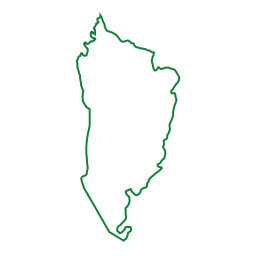 the district of Cachoeira do Piriá, Pará, Brazil
{"feature_id": "56859067B84047664987434", "entity_name": "Cachoeira do Piriá", "entity_type": "district", "adm_level": 2, "iso_a3": "BRA", "parent_name": "Brazil", "parent_adm1": "Pará", "projection": "natural_earth1", "projection_center": [-46.43, -2.011], "detail": "fine", "context": "isolated", "style": "outline", "palette": "green", "viewbox_px": 256, "rotation_deg": 0, "n_neighbors": 0, "source": "geoboundaries", "source_scale": "gbopen_adm2", "svg_char_len": 4522}
<svg xmlns="http://www.w3.org/2000/svg" viewBox="0 0 256 256"><path d="M154.0,52.6L153.0,52.3L151.5,51.9L149.9,50.8L149.0,50.4L147.8,50.4L147.0,50.1L145.7,49.2L144.9,49.0L143.9,49.1L142.2,48.3L140.8,48.5L138.8,47.7L137.9,47.6L135.7,46.8L134.9,46.1L134.3,45.4L134.1,44.2L133.1,43.2L132.1,43.2L131.2,43.2L130.2,41.8L128.0,40.4L124.2,41.5L122.6,41.7L121.6,41.3L120.9,40.9L116.9,35.7L116.2,35.0L113.6,33.3L112.4,32.7L111.0,32.1L109.1,31.6L107.2,30.9L106.5,30.2L106.0,29.3L104.7,26.6L104.6,24.6L103.8,23.0L103.0,21.5L101.8,18.0L101.5,17.0L100.4,15.4L100.4,16.3L99.7,17.7L97.3,18.8L97.6,19.9L97.5,21.7L98.4,22.2L97.9,22.9L97.0,23.7L96.2,23.8L95.8,25.1L95.3,26.3L93.8,28.1L94.2,29.3L95.0,29.7L95.1,31.3L95.0,34.2L93.7,33.0L92.8,33.2L92.7,32.2L91.7,31.7L91.0,32.7L90.7,34.3L91.0,36.3L92.7,38.0L93.6,38.3L94.7,38.2L95.3,38.9L94.6,40.0L93.1,41.0L91.8,41.6L90.6,41.3L89.2,43.1L88.0,43.9L86.3,43.8L85.7,42.5L84.6,42.6L84.1,44.2L85.3,46.3L86.6,47.6L87.7,49.1L87.7,51.4L86.9,53.6L86.4,55.4L84.6,55.7L83.4,55.5L82.6,54.4L82.1,53.2L81.1,53.4L80.6,54.6L80.3,55.9L79.0,56.4L78.4,56.9L78.2,58.5L76.8,60.9L77.2,62.0L77.1,62.9L77.5,64.0L77.4,64.8L77.3,66.1L77.6,67.0L77.5,68.1L77.9,68.8L78.2,70.0L78.7,71.2L78.8,72.4L79.3,73.7L79.5,74.5L80.0,75.3L80.1,76.6L80.0,77.5L80.1,78.3L80.3,79.4L80.5,80.7L80.8,81.8L81.1,82.8L81.0,83.8L81.2,85.2L81.6,86.6L81.9,87.4L82.3,88.6L82.8,90.0L83.4,91.4L82.8,92.9L82.6,94.0L82.9,95.4L82.4,96.5L82.6,97.6L82.8,98.7L82.8,99.7L82.8,100.9L83.1,101.9L83.9,102.7L84.5,103.9L84.7,104.8L86.0,105.9L86.1,106.8L88.6,108.5L89.6,109.3L89.7,111.2L89.7,112.3L89.7,113.9L89.7,118.4L89.7,122.7L89.7,123.9L89.7,125.0L89.4,126.9L87.7,134.6L87.0,139.3L86.6,142.8L86.3,147.5L86.3,151.1L86.4,154.0L86.9,158.7L87.2,163.8L87.7,167.5L87.6,169.2L87.0,171.4L86.9,172.8L86.6,174.1L85.5,175.3L84.6,175.8L83.4,176.2L82.2,176.9L81.5,177.8L81.2,178.6L81.4,179.7L83.1,185.1L83.5,186.3L83.7,187.5L88.6,196.0L91.2,200.5L92.0,201.8L109.2,231.8L110.7,232.8L123.6,240.6L125.9,238.7L126.8,237.5L127.2,236.3L127.7,234.6L128.2,232.7L129.3,232.0L130.4,231.2L131.1,230.2L131.1,228.7L130.8,227.7L130.0,226.9L128.8,227.1L128.0,227.2L127.1,226.8L125.8,227.1L125.1,228.2L124.8,229.0L124.2,229.7L123.1,231.2L122.3,231.9L121.6,232.4L120.4,233.1L119.7,233.2L119.1,232.5L118.6,231.9L117.6,231.3L117.2,230.3L117.2,229.4L117.4,228.1L118.0,226.6L119.3,225.7L120.6,224.9L121.2,224.1L122.0,223.1L123.0,222.1L124.7,220.6L125.1,219.9L125.8,218.8L126.1,217.3L126.1,215.7L125.9,214.8L125.5,213.7L125.6,212.5L125.8,211.4L125.7,210.6L125.5,209.2L125.6,208.2L126.1,207.4L127.4,206.4L128.0,205.5L128.7,204.0L129.5,201.7L129.6,200.4L129.4,198.8L129.2,197.4L128.8,196.4L127.9,195.7L126.8,194.5L126.1,193.4L125.8,192.4L125.9,191.1L127.0,190.7L128.4,190.0L129.9,189.4L131.1,189.2L131.3,190.0L131.5,190.9L132.1,191.8L133.1,192.8L134.4,194.1L135.6,195.0L136.8,195.2L137.8,194.7L139.1,193.9L139.9,192.7L140.6,191.6L140.7,190.7L141.3,189.6L142.1,188.8L144.0,187.8L145.4,187.7L146.3,187.2L147.0,185.7L147.2,184.8L147.0,183.8L147.5,182.8L148.3,182.2L148.7,181.0L149.1,179.3L149.9,178.5L151.1,177.1L152.8,175.8L153.4,175.3L154.1,174.7L156.6,172.5L157.4,172.1L158.4,171.4L159.6,170.4L160.6,169.4L161.8,168.0L161.4,167.3L160.6,167.3L159.9,167.1L158.6,166.7L157.7,165.8L157.7,164.4L159.1,163.7L159.7,163.3L160.4,162.8L161.7,160.5L162.6,159.6L163.4,159.1L164.4,158.2L164.6,156.9L164.9,155.3L165.3,154.1L165.2,153.1L165.3,151.5L165.1,150.3L164.5,149.7L163.7,148.5L163.1,147.2L163.2,146.2L163.7,145.3L164.0,144.4L164.1,143.5L163.9,142.3L163.7,141.1L164.1,140.1L165.5,139.5L166.6,138.8L167.3,137.3L167.2,135.7L167.7,134.5L168.5,133.3L168.9,132.2L169.3,131.4L169.8,129.9L169.8,127.9L169.7,126.6L169.4,125.4L169.8,124.4L170.0,123.4L170.7,121.6L171.5,120.3L171.9,118.8L172.6,117.2L173.1,115.5L173.2,114.4L173.0,113.0L173.2,111.9L173.5,110.1L173.7,108.8L174.1,107.2L174.9,104.6L175.7,102.5L176.3,101.1L176.4,99.8L176.0,98.3L175.5,96.5L175.3,94.7L175.0,93.7L174.4,93.2L173.4,93.3L172.0,93.4L171.1,92.1L171.5,90.8L172.0,90.0L173.0,89.1L173.6,87.9L174.5,86.6L175.6,84.8L177.2,83.1L178.2,81.8L178.9,80.0L179.2,78.9L179.2,77.9L179.0,76.8L177.7,74.5L176.8,73.0L176.0,71.6L175.4,70.5L174.6,69.8L173.5,69.4L172.2,69.0L171.0,68.6L170.0,68.3L168.9,67.7L167.7,67.5L166.6,67.6L164.9,67.8L163.0,68.5L162.1,68.9L161.4,69.1L160.4,68.8L159.1,67.5L158.1,67.3L157.7,68.2L156.8,69.6L156.0,70.3L155.1,70.5L154.3,70.1L153.8,69.0L153.4,67.9L153.2,67.0L153.0,66.3L152.6,64.1L152.2,62.6L151.8,61.2L151.9,60.0L152.5,57.3L152.9,56.4L153.4,55.6L153.6,54.4L154.0,52.6Z" fill="none" stroke="#15803d" stroke-width="2"/></svg>